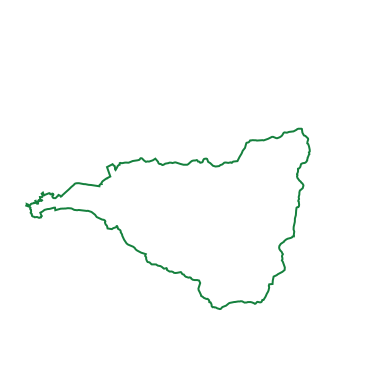 Slatina, Suceava, Romania (Mercator projection), rotated 218°
{"feature_id": "2599482B74228482681233", "entity_name": "Slatina", "entity_type": "district", "adm_level": 2, "iso_a3": "ROU", "parent_name": "Romania", "parent_adm1": "Suceava", "projection": "mercator", "projection_center": [25.97, 47.412], "detail": "fine", "context": "isolated", "style": "outline", "palette": "green", "viewbox_px": 384, "rotation_deg": 218, "n_neighbors": 0, "source": "geoboundaries", "source_scale": "gbopen_adm2", "svg_char_len": 5993}
<svg xmlns="http://www.w3.org/2000/svg" viewBox="0 0 384 384"><g transform="rotate(218 192 192)"><path d="M314.5,80.5L314.2,79.2L310.6,80.4L309.6,80.2L309.4,80.0L309.3,79.3L309.2,79.1L308.3,78.7L307.9,78.8L306.7,77.5L306.5,77.1L306.5,76.5L306.2,76.2L304.9,76.1L304.5,75.5L303.9,75.4L303.4,74.7L302.3,74.7L301.3,75.2L300.5,75.2L298.7,76.9L296.6,77.5L295.5,78.9L295.9,79.1L295.6,80.6L296.9,81.1L298.8,82.3L297.8,84.6L297.2,87.1L295.4,89.5L293.7,91.1L291.0,94.8L290.3,95.3L288.5,93.5L285.1,98.1L281.4,101.2L279.9,102.8L277.6,104.4L276.7,104.9L273.8,105.4L271.3,106.9L270.2,108.1L263.1,112.4L262.5,113.1L258.9,114.4L254.4,114.4L251.7,113.6L246.0,114.9L244.3,115.8L242.9,115.9L242.2,115.5L242.0,115.2L242.0,114.6L241.6,114.2L239.9,113.2L238.6,113.1L237.8,112.7L236.1,111.3L232.3,113.4L231.8,115.0L230.1,117.6L230.4,118.7L230.0,119.0L228.8,118.4L227.8,117.5L225.3,117.7L224.7,117.6L223.8,117.0L223.4,116.4L221.0,115.5L220.0,114.6L216.1,112.6L211.9,111.2L210.0,111.2L204.5,112.7L202.5,112.6L201.1,112.1L199.2,112.1L194.7,112.9L190.1,114.6L189.6,112.8L187.9,112.3L186.9,111.0L185.3,110.0L183.9,109.5L182.1,110.4L179.3,110.1L175.7,112.8L173.7,112.9L171.2,114.2L169.7,114.4L167.0,114.3L166.4,114.8L165.2,116.3L164.7,116.2L163.7,115.2L160.7,115.5L159.0,116.9L157.5,117.3L156.6,117.2L155.4,117.8L154.1,119.0L151.5,122.0L150.9,122.0L149.4,121.4L148.1,121.6L147.6,121.9L145.9,121.4L144.7,121.4L142.2,122.3L141.7,122.6L141.5,123.1L141.1,123.4L140.5,123.6L140.1,123.7L139.4,123.3L137.5,123.3L135.9,124.1L133.7,125.8L131.9,126.6L129.5,125.3L127.5,119.9L126.5,118.9L125.9,118.5L125.2,118.3L121.7,116.5L120.9,115.8L120.5,115.7L119.5,116.0L117.4,115.9L114.8,116.6L113.9,117.4L112.8,117.3L111.9,117.2L111.6,116.7L110.7,116.5L110.4,115.9L109.3,116.4L107.5,115.5L106.1,114.1L104.8,113.9L103.9,114.8L103.0,115.0L102.6,115.4L101.9,115.7L100.4,115.9L98.0,116.9L97.5,117.4L97.3,118.0L97.3,119.5L97.1,120.2L95.2,123.4L94.4,127.0L94.0,127.8L91.1,131.2L90.3,131.9L88.2,134.2L86.9,135.2L86.4,135.9L85.2,136.7L82.5,137.2L80.9,138.6L80.2,139.7L78.3,141.2L76.9,141.9L74.4,142.6L73.9,142.5L73.2,143.1L73.0,145.4L72.7,145.8L70.6,146.8L69.9,147.4L69.6,148.1L69.6,148.6L70.1,150.3L69.2,151.0L69.3,151.9L69.6,154.8L70.4,157.9L70.7,160.2L71.1,161.6L72.4,164.3L73.7,165.3L74.3,166.8L71.9,169.1L73.9,172.1L75.6,175.6L74.1,178.5L73.7,180.1L71.6,184.8L71.0,187.6L72.4,189.7L77.4,192.9L79.1,193.5L79.3,194.7L80.3,195.8L81.4,196.6L81.9,197.5L82.1,199.0L83.2,199.3L84.4,200.0L86.4,200.3L88.0,200.9L89.0,201.7L89.9,203.2L90.1,205.8L88.9,209.5L89.1,210.1L88.6,212.4L87.9,214.0L85.9,216.6L85.2,218.0L85.4,218.7L85.0,219.5L84.4,219.7L84.5,220.1L85.5,221.1L87.1,223.8L88.9,225.0L90.4,227.1L92.6,231.8L94.6,234.5L95.9,237.7L98.5,241.5L99.9,243.9L99.8,244.5L99.6,245.0L98.9,245.6L99.1,246.9L99.9,248.1L102.0,250.2L102.7,250.3L103.0,250.9L103.3,252.4L104.2,253.1L104.8,253.7L105.8,256.0L107.2,257.9L107.9,259.6L107.8,260.1L107.6,260.5L107.5,261.3L107.1,263.1L108.1,265.6L108.5,266.0L110.3,266.7L111.8,266.7L112.7,267.1L114.3,267.1L117.8,268.1L118.1,268.5L118.8,268.9L119.1,269.4L119.3,270.3L120.1,270.5L120.3,270.8L120.6,272.3L121.3,273.8L122.7,275.4L122.8,275.6L122.1,276.6L122.1,278.4L123.0,280.5L123.2,280.9L123.1,281.5L122.7,282.5L122.0,283.4L121.4,283.9L120.7,285.0L120.5,286.5L120.7,287.2L120.6,287.7L121.2,288.5L121.6,289.7L122.1,290.4L122.1,291.0L122.8,293.2L122.8,294.1L124.3,295.2L124.1,296.1L124.2,296.5L125.3,297.8L127.9,300.0L129.9,301.3L131.1,301.3L131.9,302.6L132.8,304.9L133.5,305.6L137.1,306.0L138.7,305.5L141.5,306.7L144.2,309.3L144.8,309.2L147.1,307.4L147.8,306.3L147.9,305.5L149.3,302.3L152.5,299.1L153.7,297.2L155.8,295.9L156.2,295.1L155.8,291.9L156.1,290.5L156.6,289.1L158.0,286.8L158.8,286.3L162.0,285.4L162.9,284.7L164.8,280.7L167.3,276.8L168.3,276.3L172.5,272.5L173.3,272.2L176.6,269.8L177.0,269.1L177.8,268.6L178.0,268.3L177.8,267.2L177.9,266.4L178.1,265.8L179.2,264.5L179.3,264.0L177.4,259.4L177.4,255.7L176.6,252.9L176.1,248.8L175.2,244.3L178.2,241.4L178.4,240.8L178.5,239.7L179.0,239.2L179.6,239.3L180.1,238.8L181.3,237.3L183.6,236.0L184.6,235.0L185.1,232.4L186.2,230.7L186.6,229.1L189.1,226.6L191.6,225.6L195.4,226.0L197.8,225.7L200.4,227.3L201.1,227.2L202.1,226.4L202.8,225.5L202.9,224.6L202.2,222.4L202.2,221.8L203.3,220.3L203.6,220.1L204.8,220.4L206.0,219.7L207.2,220.2L207.9,220.1L208.6,219.1L210.4,217.5L211.1,216.5L211.5,215.2L212.1,211.6L212.6,210.5L215.6,208.2L218.6,206.9L223.0,205.3L223.7,204.8L225.3,202.7L226.4,202.3L227.9,201.2L228.3,200.3L230.5,197.9L231.2,195.9L232.0,195.0L234.0,194.8L234.5,194.3L235.5,194.0L236.4,194.2L237.4,194.9L241.4,195.7L242.4,192.8L243.2,191.6L244.6,189.5L245.9,188.7L246.9,187.4L249.3,187.3L252.0,187.7L252.9,187.3L253.3,186.9L253.3,185.0L254.2,183.7L257.8,179.9L259.9,176.2L262.9,173.9L264.9,171.6L266.5,170.7L266.7,170.2L265.8,168.9L266.2,168.4L266.4,167.7L266.5,166.5L266.1,164.7L265.8,162.3L266.6,162.5L268.2,164.3L268.8,164.7L269.3,164.9L270.0,164.6L271.7,165.0L274.3,159.3L265.9,153.9L267.5,150.5L267.3,150.4L268.0,149.2L269.0,145.7L269.1,145.0L268.8,143.0L268.3,142.7L268.8,142.4L268.7,141.7L269.1,141.2L269.1,140.4L268.5,139.5L275.8,135.4L277.9,134.0L281.1,132.4L281.9,131.7L286.6,129.3L288.6,127.6L289.3,126.6L289.5,125.8L289.5,124.8L290.2,121.6L290.6,118.4L291.4,114.0L292.2,109.3L292.1,108.6L292.5,107.6L293.8,107.9L295.4,107.5L295.4,107.3L295.1,106.8L295.5,105.7L295.6,104.2L295.8,103.1L297.1,102.1L298.0,101.9L299.1,102.3L299.4,102.6L299.4,104.0L299.6,104.6L300.3,105.0L301.1,104.7L301.1,104.2L301.6,103.3L302.4,103.0L303.2,103.4L303.8,103.2L306.0,99.5L306.4,98.5L307.1,98.5L309.1,99.7L309.4,98.1L308.1,97.6L307.2,96.8L307.0,96.3L307.1,95.5L308.7,94.4L307.0,92.7L306.1,92.7L305.3,93.2L305.0,93.1L305.2,92.3L306.0,92.2L305.9,91.9L306.7,90.8L307.3,91.6L307.7,91.4L307.8,90.8L307.6,90.2L307.7,89.6L306.3,88.3L306.2,88.0L306.9,87.4L309.2,88.3L309.8,88.8L310.0,88.5L308.8,87.5L308.6,87.1L309.1,86.4L310.0,86.0L310.3,85.0L311.0,84.4L311.6,83.2L311.4,82.6L311.5,81.9L312.4,81.1L313.1,81.2L314.8,80.8L314.5,80.5Z" fill="none" stroke="#15803d" stroke-width="2"/></g></svg>